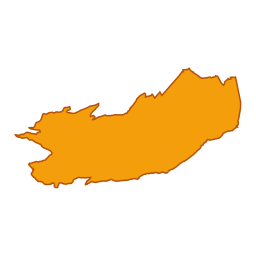 Chiautzingo, Puebla, Mexico (Mercator projection)
{"feature_id": "50627088B78995429412186", "entity_name": "Chiautzingo", "entity_type": "district", "adm_level": 2, "iso_a3": "MEX", "parent_name": "Mexico", "parent_adm1": "Puebla", "projection": "mercator", "projection_center": [-98.514, 19.199], "detail": "fine", "context": "isolated", "style": "filled", "palette": "amber", "viewbox_px": 256, "rotation_deg": 0, "n_neighbors": 0, "source": "geoboundaries", "source_scale": "gbopen_adm2", "svg_char_len": 5741}
<svg xmlns="http://www.w3.org/2000/svg" viewBox="0 0 256 256"><path d="M235.5,77.1L234.6,77.2L232.8,77.5L232.1,77.1L231.8,77.4L231.7,77.3L230.7,77.4L230.7,77.6L230.4,77.6L230.7,79.1L228.7,79.4L228.5,79.0L228.1,78.7L228.1,79.5L227.0,79.8L226.0,80.8L224.9,81.6L224.3,83.9L223.6,85.2L222.4,84.2L220.6,82.0L220.4,81.4L218.6,78.0L217.6,76.4L217.2,76.1L216.7,76.2L216.3,76.2L215.7,75.7L215.2,76.6L214.7,76.9L214.2,77.0L213.6,77.0L213.1,77.3L212.7,77.2L212.1,77.6L211.4,77.8L210.1,77.1L209.2,77.2L208.1,77.4L207.3,77.7L206.0,77.7L204.9,78.1L204.6,78.0L203.4,78.1L202.2,78.4L201.6,77.9L199.9,77.3L198.9,76.3L192.9,72.3L193.1,72.0L192.7,71.7L192.2,71.6L191.1,70.9L189.5,69.3L189.5,68.6L189.3,68.4L188.9,68.4L187.6,69.5L186.8,69.4L186.2,69.7L185.4,69.8L183.1,69.8L182.8,69.9L183.3,71.7L182.1,71.7L181.2,73.1L180.1,74.3L180.1,74.6L161.9,95.4L159.9,92.0L155.5,97.1L154.7,98.0L152.4,94.3L151.7,94.4L151.4,95.0L151.5,95.2L151.3,95.6L150.9,95.6L145.5,96.9L145.6,95.7L145.5,94.3L145.4,93.8L145.2,93.5L144.9,93.3L144.1,93.3L143.9,93.4L143.1,94.0L141.1,95.0L140.1,95.7L139.3,96.4L136.7,99.1L136.0,101.1L135.5,101.8L134.5,102.9L133.5,104.6L132.2,106.0L132.0,106.5L130.6,107.6L130.1,108.2L130.4,108.6L129.5,109.7L129.3,110.4L128.8,110.8L128.1,111.1L127.8,111.7L127.5,112.4L127.1,113.1L126.6,113.3L126.1,113.2L125.5,113.3L124.1,114.4L121.2,115.0L118.9,114.8L118.0,115.0L115.1,114.7L114.4,115.1L113.6,115.1L111.7,115.5L111.0,115.5L110.4,115.7L109.6,115.6L107.0,115.7L106.0,115.6L105.5,115.0L103.0,115.7L102.3,116.1L101.5,116.3L100.9,116.7L100.0,116.6L98.8,116.9L97.1,117.8L96.0,118.6L92.2,120.0L94.9,117.7L94.9,116.8L93.4,115.5L92.3,116.0L90.4,116.4L90.5,115.2L90.9,114.1L91.1,113.5L92.9,111.5L94.9,109.4L95.2,109.3L96.5,107.6L97.7,106.6L98.7,105.2L98.6,103.5L95.3,105.1L93.9,105.5L90.2,106.1L87.4,107.6L84.5,108.9L80.8,110.2L77.9,111.9L76.3,112.4L75.1,113.2L74.2,113.3L72.6,113.4L69.7,112.7L68.3,112.8L67.2,112.3L66.6,111.5L67.2,110.8L68.0,110.2L69.0,110.2L69.9,109.6L70.2,109.1L70.3,108.6L70.0,107.6L69.6,106.8L66.9,107.5L64.9,107.5L64.2,107.9L63.2,109.5L62.9,110.7L61.6,111.5L60.3,112.1L59.3,112.2L58.2,112.2L57.2,111.9L55.8,112.0L55.1,112.5L53.9,113.1L52.9,112.4L52.0,112.3L49.9,112.6L48.9,112.8L47.5,113.5L46.7,114.1L46.1,114.2L43.4,113.7L42.5,115.1L41.6,118.3L41.3,119.1L40.4,120.4L39.4,121.4L38.2,121.9L36.7,122.4L35.7,123.3L34.9,125.9L34.5,126.6L33.4,127.6L32.5,127.8L31.5,127.5L30.7,127.6L29.8,127.6L29.2,127.8L30.3,128.8L35.8,129.8L39.4,130.2L39.9,130.7L40.2,132.0L38.2,132.3L37.1,133.0L36.3,134.3L34.5,133.8L31.4,133.5L30.9,133.2L29.9,132.9L27.3,132.3L26.6,132.4L25.5,133.0L23.2,134.6L22.6,134.1L21.5,134.5L20.2,134.6L19.3,135.5L17.3,135.1L15.4,134.8L15.6,135.3L16.2,136.0L17.7,137.0L19.6,137.1L20.9,137.7L21.9,138.1L23.5,138.1L26.5,137.6L27.2,137.6L28.5,139.3L29.6,140.0L30.3,139.8L31.0,140.0L32.0,140.0L33.4,140.8L34.6,141.7L36.3,142.6L40.7,144.5L41.3,145.3L41.9,146.5L43.7,147.8L47.7,149.4L50.3,150.7L51.1,151.7L51.9,152.8L51.5,154.3L49.4,155.5L48.2,157.0L45.1,160.2L44.2,160.2L42.8,160.6L41.6,161.3L39.4,161.5L38.5,162.1L36.3,161.5L35.1,161.9L34.1,162.4L32.9,162.5L31.0,163.4L30.4,163.5L29.6,163.2L28.7,164.6L32.3,168.5L33.1,168.4L33.7,169.9L33.6,170.1L32.8,170.2L32.9,171.1L32.9,171.8L32.6,172.2L31.9,172.6L31.4,173.4L31.5,174.5L32.4,175.9L33.3,176.6L33.7,177.3L34.2,177.4L35.2,178.1L35.7,179.2L37.5,180.6L37.7,181.1L38.3,181.5L39.6,181.4L40.4,181.7L41.7,181.7L42.8,182.4L44.0,183.7L45.3,184.5L50.4,184.3L51.3,184.0L51.3,183.7L51.6,183.2L52.2,183.2L52.5,183.3L52.6,183.1L53.1,182.9L53.9,183.5L54.5,184.5L54.3,186.4L54.5,186.5L54.9,187.2L55.7,187.6L56.6,187.6L57.7,187.4L57.8,187.0L57.8,185.8L58.4,185.1L58.8,184.1L59.0,183.3L59.3,183.0L59.8,182.9L60.8,182.9L62.0,183.2L63.1,183.7L64.5,183.9L65.3,184.2L67.8,183.8L68.7,183.4L71.0,183.5L71.4,183.3L72.2,182.6L72.8,181.8L73.5,180.1L74.3,179.2L76.0,178.6L78.2,177.4L79.5,177.5L80.5,177.7L82.2,177.8L82.5,177.7L83.1,177.6L84.9,177.9L90.7,177.4L90.1,178.7L86.9,181.1L85.9,183.5L85.3,184.1L85.7,184.7L86.8,184.4L87.8,183.6L89.3,183.0L90.6,182.0L91.7,181.7L94.9,182.4L96.2,182.3L99.4,181.6L103.0,181.0L104.7,181.0L106.2,181.2L111.4,179.4L113.6,180.5L115.1,181.0L116.5,181.1L119.1,181.0L120.8,180.7L123.5,180.5L124.6,180.3L126.0,180.3L127.5,180.1L128.7,179.9L130.2,179.3L131.9,179.1L133.4,178.7L134.9,178.6L136.0,178.9L136.6,179.0L137.0,179.0L137.4,179.2L138.1,178.5L138.5,178.5L138.5,178.1L139.0,177.9L139.2,177.1L139.5,177.0L141.2,175.7L142.5,175.3L142.8,174.9L143.4,174.6L143.7,174.4L144.9,174.2L145.4,174.2L146.0,173.9L146.4,173.9L147.3,173.4L148.2,173.5L148.5,173.7L149.3,173.6L150.0,173.1L151.0,173.3L151.7,172.9L152.9,173.3L153.3,173.0L153.5,173.1L154.7,172.6L155.3,172.7L155.9,172.5L157.2,172.7L158.4,173.3L158.8,173.1L159.2,173.2L160.4,173.0L161.9,172.1L163.1,172.2L163.3,172.4L164.2,172.5L164.5,172.7L165.7,173.1L165.9,173.0L166.4,173.0L166.9,172.9L167.9,172.0L170.1,169.9L171.9,169.4L173.6,168.6L176.1,166.9L179.3,164.2L179.5,163.9L179.9,163.8L180.7,163.1L182.8,161.8L183.1,161.5L184.6,161.1L184.8,160.7L185.4,160.6L188.6,158.3L190.0,157.2L193.2,154.8L194.2,153.8L195.9,152.3L196.9,151.1L197.5,150.6L197.9,150.0L198.8,149.6L199.6,148.9L200.2,148.2L200.8,147.2L201.0,146.5L201.1,145.9L203.1,144.9L203.4,143.9L203.9,143.3L204.3,143.0L204.9,142.8L205.5,142.1L205.8,142.1L206.0,141.6L206.4,141.4L207.6,139.5L208.9,139.7L209.3,140.2L211.9,139.7L219.2,138.1L220.6,137.0L222.5,134.8L222.7,134.1L223.0,133.6L223.7,133.1L224.8,132.7L225.3,132.3L226.4,131.7L227.9,131.2L229.4,131.1L230.2,130.8L231.4,130.7L232.6,130.5L233.8,129.4L234.4,128.6L236.0,127.6L236.7,127.5L237.5,127.1L236.5,126.1L236.6,125.6L237.4,125.3L238.1,124.8L238.4,123.7L238.4,122.1L237.8,121.2L238.6,119.1L240.0,111.2L240.1,110.3L240.5,107.9L240.6,104.8L240.6,102.2L235.5,77.1Z" fill="#f59e0b" stroke="#b45309" stroke-width="1.5"/></svg>